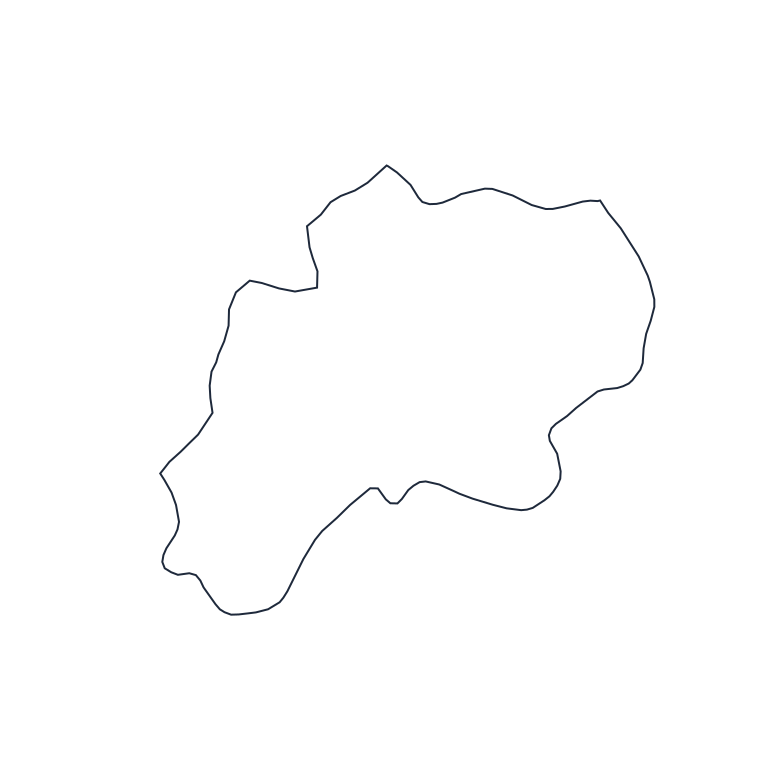 the district of Taehung, P'yŏngan-namdo, North Korea, rotated 58°
{"feature_id": "82179303B83506580076946", "entity_name": "Taehung", "entity_type": "district", "adm_level": 2, "iso_a3": "PRK", "parent_name": "North Korea", "parent_adm1": "P'yŏngan-namdo", "projection": "equal_earth", "projection_center": [126.981, 40.081], "detail": "fine", "context": "isolated", "style": "outline", "palette": "slate", "viewbox_px": 768, "rotation_deg": 58, "n_neighbors": 0, "source": "geoboundaries", "source_scale": "gbopen_adm2", "svg_char_len": 1833}
<svg xmlns="http://www.w3.org/2000/svg" viewBox="0 0 768 768"><g transform="rotate(58 384 384)"><path d="M512.2,381.3L517.0,378.2L528.2,369.6L544.1,355.7L554.4,345.9L563.7,334.5L566.3,329.3L567.9,323.5L567.6,309.4L566.9,303.2L565.1,297.7L562.0,290.9L560.7,289.0L557.8,284.8L551.7,280.5L534.9,274.1L520.1,273.5L514.8,271.3L510.3,265.5L508.9,259.3L508.2,245.8L506.1,233.6L503.5,206.9L505.2,200.4L511.0,188.4L512.6,182.3L513.3,176.2L512.4,171.3L507.7,159.0L503.3,153.5L491.3,144.9L480.4,135.1L471.7,124.3L461.9,113.9L455.4,109.9L438.3,104.4L431.8,102.9L410.8,100.4L377.4,100.7L357.7,103.2L342.9,103.5L342.1,105.9L337.9,111.8L334.6,118.8L329.3,136.6L325.0,148.0L321.3,154.1L310.5,163.9L292.3,175.0L276.0,188.7L271.8,194.9L263.8,217.9L263.6,225.0L261.2,238.2L259.1,244.0L255.6,250.1L250.0,255.0L243.9,256.0L229.2,256.0L211.4,260.9L209.8,261.6L201.4,265.2L200.1,266.0L204.6,291.3L204.5,306.2L201.6,321.1L201.5,333.0L206.9,347.8L209.4,365.7L228.6,374.7L239.5,377.7L253.2,380.7L266.8,389.7L258.4,410.5L247.3,422.4L233.5,434.2L225.2,443.1L227.8,461.0L238.6,475.9L252.2,484.9L263.1,496.9L271.2,508.8L276.7,514.8L282.1,523.7L293.0,532.7L303.9,538.7L317.6,544.7L323.0,556.6L328.4,568.5L331.0,580.5L333.7,592.4L336.3,607.3L338.5,613.3L341.3,621.2L349.0,621.1L363.5,621.7L376.4,624.5L392.3,630.9L397.9,636.2L401.6,641.7L408.0,655.6L412.2,661.7L417.4,666.3L424.1,667.6L430.9,664.2L436.6,659.9L441.3,649.4L446.4,644.8L453.4,643.9L460.9,644.8L481.5,643.6L488.1,642.6L489.7,641.8L493.0,640.2L498.6,635.9L502.4,629.4L506.4,621.0L509.8,613.7L513.6,601.7L513.8,588.2L511.9,582.6L508.6,575.8L489.7,545.1L479.6,525.1L475.9,514.3L472.6,495.0L468.6,476.8L465.1,451.0L469.3,444.5L482.8,443.6L488.5,441.8L492.4,435.9L491.0,429.8L486.8,419.6L485.9,412.9L486.1,405.8L488.7,400.3L498.5,390.4L512.2,381.3Z" fill="none" stroke="#1e293b" stroke-width="2"/></g></svg>